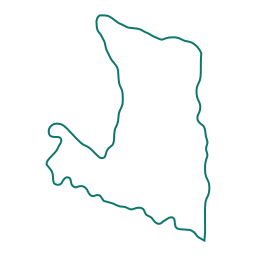 Villa Bisonó, Santiago, Dominican Republic (Mercator projection)
{"feature_id": "3306468B37188297910356", "entity_name": "Villa Bisonó", "entity_type": "district", "adm_level": 2, "iso_a3": "DOM", "parent_name": "Dominican Republic", "parent_adm1": "Santiago", "projection": "mercator", "projection_center": [-70.869, 19.575], "detail": "fine", "context": "isolated", "style": "outline", "palette": "teal", "viewbox_px": 256, "rotation_deg": 0, "n_neighbors": 0, "source": "geoboundaries", "source_scale": "gbopen_adm2", "svg_char_len": 3395}
<svg xmlns="http://www.w3.org/2000/svg" viewBox="0 0 256 256"><path d="M99.8,15.4L98.7,16.2L97.7,17.3L97.1,18.8L96.4,21.4L96.8,26.8L97.1,28.6L97.6,30.3L98.4,31.7L100.4,34.2L104.0,40.7L104.7,42.5L105.8,47.5L106.3,49.5L110.6,58.3L111.7,60.1L115.7,65.1L116.9,66.9L117.3,67.9L117.7,68.9L118.1,71.1L118.7,80.1L119.2,83.4L119.8,85.4L121.8,89.7L122.5,92.9L122.7,95.2L122.8,98.6L122.7,102.0L122.4,104.3L121.8,106.4L119.8,110.7L119.1,112.6L118.7,114.8L118.1,120.5L117.6,122.7L117.0,124.7L115.4,128.1L114.8,130.1L114.3,133.4L114.0,140.0L113.4,143.1L112.6,144.8L112.0,145.4L108.7,148.2L107.1,150.3L106.4,151.9L105.5,155.2L104.9,156.7L104.3,157.4L103.5,157.8L102.7,158.1L101.8,158.1L100.9,158.0L99.3,157.3L97.9,156.1L91.8,150.0L89.4,147.9L87.7,146.8L83.1,144.5L80.6,142.6L75.9,138.0L66.8,128.4L63.6,125.6L61.7,124.5L59.7,123.9L56.6,123.6L54.5,123.9L53.5,124.3L51.8,125.3L50.4,126.7L49.4,128.3L49.0,129.3L48.7,131.3L48.9,133.3L49.2,134.2L49.7,135.0L50.3,135.8L51.1,136.3L51.9,136.6L53.7,136.9L58.1,137.0L59.7,137.5L60.4,138.1L60.9,138.8L61.2,139.7L61.3,140.6L61.2,141.5L60.6,143.1L58.8,146.1L57.5,148.8L56.5,150.6L54.5,153.0L49.5,158.3L47.7,160.5L46.9,162.1L46.7,162.9L46.6,164.6L50.6,169.5L51.8,171.4L52.2,172.4L52.5,173.4L52.9,175.4L53.2,180.3L53.6,182.0L53.9,182.9L54.5,183.6L55.3,184.2L56.1,184.5L57.9,184.8L59.6,184.5L60.4,184.1L61.1,183.6L61.6,183.0L63.2,180.2L64.8,178.3L66.2,177.5L67.1,177.3L68.0,177.4L68.8,177.6L69.6,178.1L70.1,178.7L70.5,179.4L71.1,182.6L71.6,184.3L72.5,185.7L73.8,186.8L75.2,187.3L76.0,187.3L79.6,186.2L81.4,186.1L83.2,186.4L84.0,186.8L85.5,187.9L86.7,189.3L87.2,190.0L88.8,193.3L89.9,194.6L90.5,195.2L91.9,196.0L92.6,196.1L94.0,196.0L96.7,195.1L98.3,195.1L99.1,195.3L99.9,195.6L100.5,196.2L103.7,200.9L112.7,203.4L118.7,206.1L120.6,206.5L124.0,206.8L125.6,207.2L128.9,208.7L130.6,209.3L132.4,209.3L136.1,208.1L137.9,207.8L139.7,207.7L141.5,208.1L143.0,208.9L143.6,209.6L144.3,211.0L145.2,213.1L146.0,214.5L147.3,215.4L150.3,216.9L151.6,217.8L154.9,222.0L156.6,223.2L157.5,223.6L159.2,223.8L160.8,223.4L163.7,221.1L169.2,217.7L171.0,217.3L171.9,217.3L172.7,217.6L173.4,218.1L174.0,218.8L174.4,219.6L174.7,221.4L175.0,224.2L175.4,226.0L175.7,226.9L176.3,227.7L177.0,228.3L177.9,228.7L179.8,229.2L188.4,229.8L190.5,230.2L191.5,230.6L192.5,231.2L194.3,232.5L195.7,234.1L197.2,236.2L198.5,237.3L204.4,240.6L204.9,235.0L205.1,231.4L205.0,209.8L205.3,203.9L205.6,201.6L206.2,199.4L208.2,195.2L208.8,193.2L209.2,191.0L209.4,187.5L209.1,184.1L208.5,181.9L206.5,177.7L205.8,175.7L205.3,173.5L205.1,170.1L205.1,165.5L205.5,162.2L206.0,160.1L207.1,156.9L207.4,155.3L207.2,153.7L206.3,150.6L206.1,148.8L206.3,147.0L207.4,143.1L207.4,141.5L205.9,136.3L205.0,129.8L204.4,127.8L203.5,126.1L202.9,125.5L200.3,123.5L198.6,121.6L197.7,120.0L197.4,118.1L197.4,117.1L197.8,115.3L199.3,112.1L199.9,110.3L200.2,108.3L200.3,106.3L199.7,103.3L197.8,99.0L197.1,97.1L196.6,93.7L196.5,90.3L196.8,88.0L197.4,85.8L199.7,80.7L200.5,77.3L200.8,72.6L200.9,59.4L201.3,53.5L200.6,51.8L199.6,49.9L197.6,47.3L196.1,45.7L194.4,44.3L192.7,43.1L191.7,42.6L189.8,41.9L184.8,40.8L183.0,40.1L178.7,38.1L175.7,37.4L172.5,37.3L169.4,37.5L166.5,38.1L162.6,39.5L161.8,39.6L160.1,39.3L153.4,36.4L148.4,33.5L144.8,31.9L141.4,30.0L139.7,29.2L136.7,28.5L129.4,27.8L127.4,27.3L126.5,26.9L122.3,24.7L119.6,23.5L117.8,22.5L111.8,18.0L108.9,16.3L107.1,15.7L104.1,15.4L99.8,15.4Z" fill="none" stroke="#0f766e" stroke-width="2"/></svg>